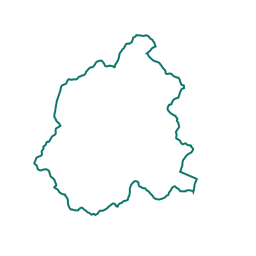 outline of Julcan, La Libertad, Peru, rotated 196°
{"feature_id": "86281439B76947314697902", "entity_name": "Julcan", "entity_type": "district", "adm_level": 2, "iso_a3": "PER", "parent_name": "Peru", "parent_adm1": "La Libertad", "projection": "natural_earth1", "projection_center": [-78.495, -8.189], "detail": "fine", "context": "isolated", "style": "outline", "palette": "teal", "viewbox_px": 256, "rotation_deg": 196, "n_neighbors": 0, "source": "geoboundaries", "source_scale": "gbopen_adm2", "svg_char_len": 5754}
<svg xmlns="http://www.w3.org/2000/svg" viewBox="0 0 256 256"><g transform="rotate(196 128 128)"><path d="M160.3,33.9L159.8,34.2L159.4,34.3L156.9,34.2L153.5,34.9L153.1,35.4L152.9,36.3L152.3,37.2L151.0,38.5L150.3,38.7L149.3,38.4L147.7,37.5L145.6,36.8L143.6,35.8L141.0,35.5L139.3,34.6L139.0,34.7L137.9,35.7L137.3,36.0L136.9,36.0L136.0,35.4L135.4,35.5L134.9,36.1L134.1,36.6L133.5,37.2L133.2,38.7L132.2,40.6L131.9,40.9L130.8,41.0L130.1,41.3L129.0,41.9L126.8,44.0L125.9,45.2L125.1,46.7L124.5,47.6L122.2,50.7L121.8,51.2L121.3,51.3L120.3,51.5L119.6,51.3L119.1,51.1L118.7,50.5L118.0,49.7L116.5,49.4L116.3,49.6L116.2,51.0L115.9,52.0L115.5,52.7L114.6,53.5L113.9,53.8L113.5,54.1L112.4,56.1L111.8,56.7L111.1,57.1L110.3,57.3L109.8,57.6L109.0,58.5L108.5,58.8L108.4,59.1L108.6,59.9L108.4,62.1L108.1,63.2L108.4,66.1L108.9,68.0L109.5,70.1L109.3,74.0L108.8,75.4L107.4,78.3L106.3,78.9L104.9,79.1L103.9,79.0L103.3,78.6L102.7,78.0L102.2,76.2L101.7,75.6L101.0,75.1L100.4,74.9L99.3,75.1L99.0,75.0L98.1,74.4L97.6,74.3L96.7,74.3L95.6,74.7L95.2,74.7L94.7,74.6L93.8,73.9L92.3,73.1L91.8,72.9L91.1,72.9L89.9,72.2L88.9,71.4L85.3,69.4L84.6,68.6L84.0,68.1L83.0,67.7L81.6,67.5L80.3,67.5L78.4,67.9L77.4,68.4L75.1,69.9L73.5,71.3L72.9,72.1L72.5,73.1L72.0,73.9L71.7,74.2L70.9,74.6L70.7,75.6L70.8,77.2L69.8,79.6L69.1,82.7L68.1,84.1L67.3,84.6L66.4,84.8L64.9,83.8L63.8,83.7L63.0,83.2L62.1,83.1L60.4,81.7L60.0,81.7L58.6,82.1L57.4,82.3L56.2,82.9L55.2,82.9L54.9,83.1L54.7,83.7L54.3,84.2L53.6,84.6L51.4,85.1L48.4,85.3L47.9,85.0L47.6,84.6L47.7,87.6L48.3,91.5L48.4,92.5L48.1,95.4L47.9,96.2L47.8,97.8L47.9,98.0L65.9,100.3L65.5,102.7L65.7,104.0L65.6,105.0L65.3,106.3L66.0,109.3L66.3,111.5L66.2,112.2L65.1,115.1L64.4,117.2L63.8,118.3L62.0,120.5L61.2,121.1L60.6,121.7L60.2,122.5L59.9,123.2L59.9,124.0L59.5,124.7L59.5,125.0L59.5,125.3L59.8,126.0L60.9,126.9L62.0,127.3L62.3,127.6L62.6,128.4L63.4,128.6L64.8,128.1L66.0,128.1L67.1,128.4L67.8,129.0L68.4,129.1L69.1,128.8L69.7,128.4L70.4,127.7L70.8,127.5L71.5,127.5L72.5,127.9L73.4,129.0L74.8,130.2L76.8,130.9L78.4,131.1L79.0,131.8L79.1,132.3L79.3,134.3L79.6,135.4L80.7,136.9L80.8,137.3L80.6,138.4L80.0,140.5L79.3,142.1L79.2,142.9L79.3,143.7L80.5,145.6L81.0,146.8L82.9,148.3L83.1,148.6L83.2,149.0L83.0,150.5L83.4,150.9L84.6,151.5L85.2,152.2L86.0,152.8L88.5,153.1L89.5,153.6L91.3,154.0L91.9,154.3L93.1,155.3L94.1,155.8L95.0,156.7L95.1,157.0L95.2,157.7L95.5,158.5L95.5,159.2L94.9,161.6L94.7,161.9L94.3,161.8L93.9,161.9L93.4,162.4L92.8,162.8L92.9,163.9L92.6,164.4L92.5,164.8L92.7,165.5L92.7,165.8L92.1,167.1L91.9,167.9L90.8,169.1L89.0,170.4L88.1,170.8L87.8,172.7L87.8,175.6L87.9,176.3L87.5,177.7L87.6,178.6L87.3,179.6L87.1,180.2L86.8,180.7L85.3,181.5L85.1,181.8L85.6,183.0L86.0,184.2L86.3,184.4L86.7,184.4L87.3,184.3L88.2,184.3L88.9,184.6L89.1,184.8L90.1,186.4L91.0,187.4L91.6,188.7L93.0,190.1L93.7,190.3L94.1,190.1L95.3,190.0L96.8,190.3L98.0,190.3L100.0,191.2L100.8,191.8L101.5,192.1L103.2,191.8L105.0,190.8L106.4,190.7L106.8,190.9L107.0,191.2L107.4,192.5L108.1,193.5L110.8,195.2L112.0,196.1L112.8,197.0L114.2,197.9L115.3,198.8L115.7,199.1L117.6,199.6L121.4,199.6L122.7,200.1L124.2,200.7L124.8,201.1L126.2,201.7L127.8,202.7L128.1,203.0L128.7,203.9L129.5,204.4L130.5,204.8L128.2,208.1L127.8,208.8L127.6,209.8L127.3,210.4L126.4,212.0L125.3,212.7L124.4,213.7L124.0,213.9L124.3,214.4L125.8,216.5L126.3,217.4L127.5,218.1L128.6,219.3L129.4,219.7L131.1,220.1L131.9,220.5L133.2,221.6L133.6,221.8L134.4,222.0L135.9,222.1L136.5,222.0L137.5,221.2L138.6,220.7L140.0,220.5L141.7,220.4L143.7,219.9L145.5,219.6L145.5,219.2L145.8,218.5L146.3,217.8L147.2,216.8L147.9,216.4L148.0,216.2L148.0,215.9L147.8,214.6L148.1,211.4L149.0,210.7L149.6,209.6L150.1,209.2L151.2,209.2L152.3,208.7L152.9,208.2L153.2,207.3L153.9,203.9L154.2,203.1L155.0,202.0L155.3,201.2L155.5,200.0L156.2,198.5L156.6,197.0L156.2,193.5L156.2,192.1L156.3,190.1L157.0,187.4L157.6,186.1L157.7,184.6L157.5,183.3L157.7,182.7L157.9,182.6L158.5,182.7L159.2,183.0L160.7,183.2L163.4,182.7L164.8,181.5L165.5,181.3L166.9,181.3L167.4,181.6L168.7,183.3L169.2,183.7L171.8,185.4L172.0,185.5L172.4,185.4L173.5,184.9L175.0,184.2L176.4,182.8L177.0,181.6L177.5,179.3L178.3,177.3L179.2,176.5L181.0,175.8L181.6,175.0L183.7,170.7L183.9,168.7L184.6,167.0L185.4,166.3L186.6,165.9L187.1,165.4L187.8,164.6L188.5,164.2L189.4,163.5L190.4,161.3L191.1,160.5L191.9,160.2L193.6,159.9L195.3,158.8L198.3,158.6L198.7,158.1L199.1,157.3L199.4,155.6L199.5,154.2L199.8,153.5L202.7,151.1L203.3,150.5L203.6,149.4L203.6,148.1L203.4,146.5L203.4,143.8L203.7,137.7L203.9,134.5L203.8,133.4L203.6,132.6L203.4,129.5L203.2,128.5L203.0,126.2L202.6,124.4L202.6,121.7L202.1,119.2L201.9,118.4L199.8,116.4L198.8,115.0L196.7,113.9L195.8,113.5L195.1,113.0L193.6,111.5L194.7,110.1L196.9,107.9L197.1,107.2L197.1,106.5L197.0,105.7L196.3,104.0L196.0,102.5L196.3,101.6L197.0,100.7L198.3,99.5L198.9,98.0L199.4,96.3L200.0,93.4L200.2,93.0L200.5,92.8L201.6,92.6L202.2,92.1L202.3,91.6L202.4,90.4L202.6,89.2L202.7,88.6L202.9,88.3L203.9,87.4L204.2,86.4L204.1,86.2L203.6,85.5L203.6,84.8L204.5,81.8L204.5,81.5L204.2,81.0L203.6,79.5L203.5,78.4L203.8,77.6L204.3,77.1L205.0,76.6L207.0,75.1L207.8,74.1L208.4,68.4L208.2,68.0L207.8,67.8L206.0,67.1L205.5,66.7L204.3,65.2L203.6,63.9L203.1,63.5L202.1,63.1L200.8,63.1L199.7,63.3L199.1,63.9L197.9,64.7L195.4,65.8L194.4,65.7L192.8,65.2L192.1,64.8L191.6,64.4L191.1,63.0L190.2,62.2L189.8,61.2L189.3,60.4L188.5,59.7L187.1,59.4L185.1,58.3L184.3,57.7L182.5,55.1L181.8,54.4L181.4,53.7L181.2,52.7L182.5,51.2L182.5,50.7L182.3,50.4L181.4,50.1L179.3,49.7L178.7,49.4L177.5,48.6L176.9,47.8L175.1,46.8L173.4,46.6L172.6,46.4L171.7,46.4L170.4,46.7L170.0,46.6L169.7,46.3L169.5,45.4L167.6,44.4L167.0,43.5L166.5,43.1L165.5,40.9L165.3,39.7L164.5,38.4L164.4,37.8L163.5,36.8L163.2,36.1L161.4,34.4L160.3,33.9Z" fill="none" stroke="#0f766e" stroke-width="2"/></g></svg>